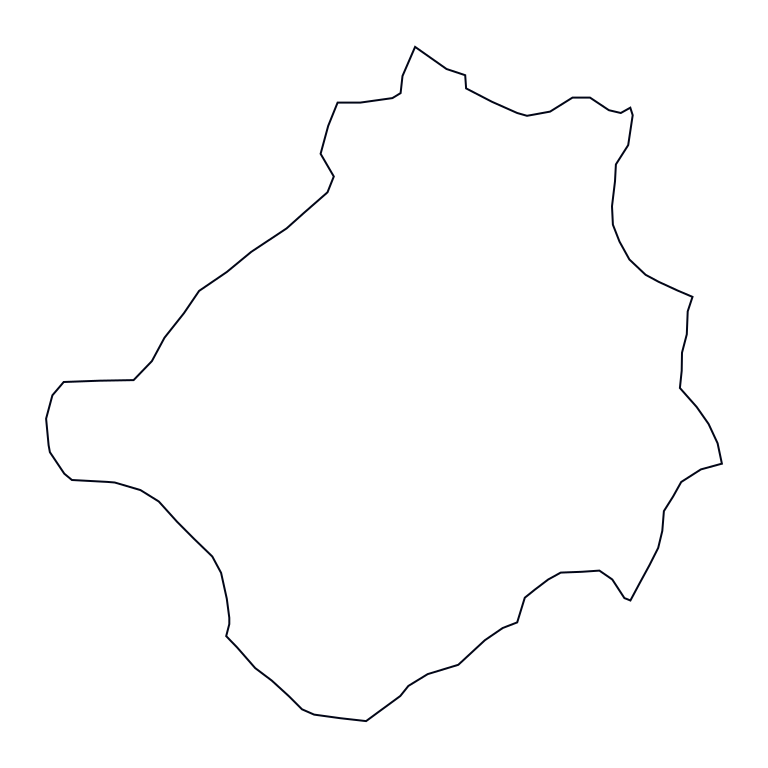 outline of Masally District, Masallı, Azerbaijan
{"feature_id": "54616110B86237771899826", "entity_name": "Masally District", "entity_type": "district", "adm_level": 2, "iso_a3": "AZE", "parent_name": "Azerbaijan", "parent_adm1": "Masallı", "projection": "mercator", "projection_center": [48.706, 39.029], "detail": "fine", "context": "isolated", "style": "outline", "palette": "ink", "viewbox_px": 768, "rotation_deg": 0, "n_neighbors": 0, "source": "geoboundaries", "source_scale": "gbopen_adm2", "svg_char_len": 1464}
<svg xmlns="http://www.w3.org/2000/svg" viewBox="0 0 768 768"><path d="M465.2,75.2L446.5,69.0L415.1,46.9L402.5,76.0L400.6,93.1L392.4,98.1L360.3,102.6L337.6,102.6L328.2,125.9L320.6,153.8L333.8,176.5L327.5,192.3L303.6,213.2L286.6,228.4L251.3,251.8L226.8,272.0L199.1,290.9L184.0,313.1L164.5,337.7L151.9,361.1L133.6,380.1L99.6,380.7L63.7,382.0L61.7,384.4L52.4,395.3L46.1,418.7L48.6,445.2L49.9,452.2L64.3,473.7L71.9,480.0L107.2,481.9L114.7,482.5L140.5,490.1L158.8,501.5L161.7,504.7L177.0,521.7L194.0,538.8L212.3,556.5L221.1,572.9L226.8,598.8L229.3,617.8L229.3,624.1L226.2,636.1L230.3,640.4L237.1,647.4L255.2,668.1L271.8,680.6L289.1,696.4L302.0,709.3L314.1,714.6L340.3,718.2L366.1,721.1L372.9,716.1L377.5,712.7L400.3,696.0L408.4,685.9L427.7,674.1L458.3,664.8L484.9,640.2L502.7,628.0L517.2,622.4L524.8,597.7L534.9,589.6L548.2,579.5L560.7,572.6L581.7,571.8L599.4,570.6L612.3,579.5L624.4,598.1L626.8,599.0L630.4,600.5L639.7,583.1L649.4,565.3L658.2,547.9L662.3,530.9L663.9,511.1L673.1,496.5L681.2,482.0L700.9,469.4L720.3,464.1L721.9,463.7L717.6,443.3L708.6,424.0L696.7,407.0L679.9,388.0L681.7,370.8L682.0,352.7L686.8,334.3L687.7,311.4L692.5,296.9L677.5,290.5L658.6,281.8L645.6,274.8L629.4,259.5L619.5,241.6L612.9,224.7L612.0,206.3L615.0,181.3L615.9,164.4L628.2,145.1L632.7,115.2L630.3,107.7L620.8,113.0L608.9,110.2L590.0,97.6L572.5,97.6L550.1,111.6L534.3,114.5L527.0,115.8L517.2,113.0L492.0,101.8L466.1,88.4L465.2,75.2Z" fill="none" stroke="#020617" stroke-width="2"/></svg>